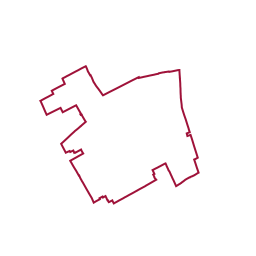 Padina, Buzau, Romania (Natural Earth projection), rotated 134°
{"feature_id": "2599482B78773943722389", "entity_name": "Padina", "entity_type": "district", "adm_level": 2, "iso_a3": "ROU", "parent_name": "Romania", "parent_adm1": "Buzau", "projection": "natural_earth1", "projection_center": [27.115, 44.828], "detail": "fine", "context": "isolated", "style": "outline", "palette": "rose", "viewbox_px": 256, "rotation_deg": 134, "n_neighbors": 0, "source": "geoboundaries", "source_scale": "gbopen_adm2", "svg_char_len": 5199}
<svg xmlns="http://www.w3.org/2000/svg" viewBox="0 0 256 256"><g transform="rotate(134 128 128)"><path d="M169.3,209.7L171.5,204.2L173.6,199.2L175.0,195.7L160.4,190.5L162.0,185.9L153.3,183.0L147.7,181.1L148.2,179.3L149.3,175.7L150.5,171.5L150.5,171.4L151.2,171.7L151.4,170.9L150.8,170.3L150.9,170.1L151.0,169.7L152.1,165.8L152.9,162.8L152.9,162.7L153.9,162.8L155.1,162.9L156.2,163.0L157.2,163.1L158.7,163.2L159.4,163.3L159.4,163.2L159.5,163.2L160.0,163.3L161.8,163.5L162.4,163.5L164.0,163.7L165.0,163.8L166.9,164.1L167.5,164.1L167.9,164.1L172.4,164.4L177.2,164.6L185.8,165.1L186.1,164.2L186.7,162.5L188.5,157.0L189.0,155.6L187.5,155.0L186.3,154.5L185.1,154.0L185.3,153.3L185.4,152.9L182.2,151.7L183.2,149.4L182.3,149.1L182.3,148.7L176.1,146.8L176.8,145.1L177.5,142.5L183.7,144.4L183.8,144.4L191.7,146.8L191.9,146.3L192.1,145.4L192.9,142.7L193.4,141.0L193.7,139.9L194.1,138.4L194.5,136.8L194.7,135.9L196.4,130.2L196.1,130.1L197.3,127.2L197.8,125.4L198.0,124.9L198.3,123.9L198.5,122.9L200.9,114.9L202.0,111.0L202.1,110.9L202.1,110.7L202.4,109.7L202.7,108.6L203.5,105.6L204.7,102.7L205.5,100.8L202.9,100.1L200.7,99.4L198.9,98.8L198.6,98.8L198.3,99.7L195.0,98.7L195.4,97.7L192.6,96.9L193.1,95.6L193.4,94.7L193.6,94.3L193.7,94.1L193.9,93.5L194.2,92.7L193.9,92.6L193.9,92.4L194.0,92.2L194.2,91.7L194.4,91.4L194.5,91.1L194.7,90.3L194.5,90.2L191.0,89.0L191.2,88.6L191.4,88.1L191.7,87.0L192.0,86.2L192.1,85.8L191.6,85.7L190.4,85.3L188.8,84.8L188.5,84.7L187.1,84.3L186.7,84.2L181.8,82.6L181.0,82.4L179.9,82.1L178.5,81.6L175.1,80.6L173.9,80.2L171.4,79.4L163.7,77.1L157.5,75.1L157.1,75.1L154.1,74.2L145.7,71.8L145.7,72.2L145.4,73.0L145.5,73.3L145.5,73.8L145.3,74.4L145.2,74.8L144.8,75.2L144.0,77.5L142.7,77.1L141.2,81.1L138.9,80.3L138.6,80.2L138.2,80.1L137.4,79.8L136.9,79.6L136.1,79.3L135.7,79.2L135.2,79.0L134.8,78.9L134.7,78.9L133.9,78.6L133.0,78.3L128.0,76.7L127.4,76.4L127.5,76.1L128.0,74.9L128.1,74.6L128.4,74.1L128.8,73.1L128.8,72.9L129.1,72.3L129.2,71.9L129.5,71.3L129.6,70.9L130.0,69.9L130.3,69.5L130.4,68.9L130.4,68.7L130.4,68.2L130.5,68.0L130.6,67.6L130.9,67.0L131.0,66.7L131.4,65.7L131.5,65.4L131.6,65.2L131.8,64.8L132.4,63.1L132.7,62.4L133.2,61.2L133.5,60.4L133.9,59.2L136.4,53.0L135.3,52.7L134.8,52.6L134.6,52.5L134.4,52.5L134.1,52.4L133.9,52.4L133.6,52.3L133.2,52.2L132.8,52.1L132.3,51.9L131.7,51.8L131.0,51.7L130.8,51.6L130.6,51.5L130.2,51.5L129.8,51.5L129.6,51.5L129.2,51.4L128.8,51.3L128.5,51.2L127.9,51.2L127.2,51.0L126.8,51.0L126.7,51.0L126.1,50.9L125.2,50.8L125.0,50.7L124.6,50.6L124.3,50.5L123.5,50.3L122.5,50.0L122.4,49.9L122.2,49.9L121.4,49.7L120.9,49.4L120.7,49.4L120.4,49.3L120.4,49.2L120.2,49.2L119.6,49.0L119.0,48.7L118.8,48.7L118.6,48.6L118.4,48.4L118.1,48.3L117.9,48.2L117.7,48.1L117.3,48.0L117.2,48.0L117.1,47.9L116.6,47.7L116.4,47.7L116.2,47.6L115.8,47.4L115.6,47.4L115.4,47.4L115.2,47.3L114.9,47.2L115.0,47.2L114.6,47.1L114.0,47.0L112.0,46.5L111.1,46.2L109.2,49.9L109.2,50.0L106.9,54.3L104.7,58.5L103.0,57.8L100.9,57.2L98.9,60.9L94.9,68.3L94.5,69.0L91.6,74.2L89.5,78.2L92.5,79.7L91.6,81.2L91.1,82.0L88.9,81.0L88.1,80.7L87.8,81.3L87.5,81.9L87.2,82.4L87.0,82.9L86.7,83.4L86.4,83.8L85.8,84.9L84.7,87.0L81.7,92.5L80.1,95.7L79.8,96.3L77.7,100.2L76.3,102.7L75.8,103.6L75.5,103.9L74.6,104.9L74.3,105.2L73.4,106.3L69.5,111.1L69.4,111.2L69.1,111.5L68.8,111.8L68.6,112.0L68.3,112.3L68.0,112.6L67.6,113.1L67.2,113.5L66.7,114.0L66.5,114.3L66.3,114.4L66.0,114.8L65.6,115.2L64.7,116.1L64.2,116.6L63.6,117.2L63.1,117.7L62.9,117.9L62.4,118.5L61.4,119.6L60.4,120.6L59.7,121.3L58.7,122.4L57.8,123.4L56.3,125.1L56.1,125.2L56.1,125.3L55.8,125.7L54.8,126.7L54.4,127.2L53.9,127.7L53.6,128.1L53.1,128.6L52.2,129.6L50.7,131.2L50.6,131.3L51.3,132.0L53.5,133.5L53.8,133.7L54.1,133.9L56.9,135.8L57.5,136.3L58.8,137.2L59.1,137.4L59.1,137.5L58.9,137.7L58.9,137.8L60.1,138.7L61.3,139.6L62.4,140.5L62.5,140.5L63.0,140.8L63.4,141.2L63.9,141.6L67.3,143.9L67.5,143.9L67.8,143.8L68.0,143.9L69.1,144.7L70.0,145.3L71.1,146.0L71.3,146.1L75.5,149.0L76.1,149.4L76.3,149.5L77.5,150.3L79.1,151.4L80.7,152.5L81.1,152.7L84.5,155.0L84.0,155.6L85.0,156.0L86.7,156.6L87.9,157.0L88.2,157.1L89.8,157.7L92.1,158.5L94.8,159.4L103.6,162.4L107.4,163.7L115.1,166.4L118.4,167.5L121.9,168.7L121.9,168.8L121.8,169.0L121.7,170.0L121.2,172.2L121.0,173.5L120.8,174.2L120.7,175.1L120.6,175.7L120.5,176.0L120.1,178.9L119.9,180.1L119.8,180.6L119.7,181.0L119.5,181.7L119.5,181.9L119.4,182.2L119.2,182.7L119.2,183.0L119.1,183.4L119.0,183.7L119.0,183.8L119.0,184.1L118.9,184.3L118.8,184.7L118.7,184.8L118.7,185.1L118.5,185.5L118.3,185.9L118.2,186.2L118.1,186.3L118.0,186.5L117.6,187.5L117.5,187.8L117.2,188.3L116.0,191.6L116.4,191.8L116.1,192.7L116.1,192.9L116.0,193.1L115.9,193.3L115.9,193.5L115.6,194.3L115.3,195.6L115.1,196.1L114.9,196.7L114.6,197.2L114.2,198.0L113.4,199.9L113.0,200.9L112.9,201.3L117.5,202.9L119.8,203.6L120.4,203.8L120.5,203.8L121.1,204.0L122.0,204.3L122.8,204.6L127.1,206.0L127.7,206.2L131.5,207.4L132.8,207.9L135.5,208.7L136.6,209.1L136.8,209.2L137.5,209.4L137.7,209.5L137.8,209.5L138.0,209.5L140.2,204.1L146.4,206.2L153.1,208.4L154.2,208.7L154.8,207.0L155.4,205.4L156.0,205.6L157.3,206.0L161.4,207.3L161.7,207.4L163.1,207.9L167.2,209.2L169.3,209.8L169.3,209.7Z" fill="none" stroke="#9f1239" stroke-width="2"/></g></svg>